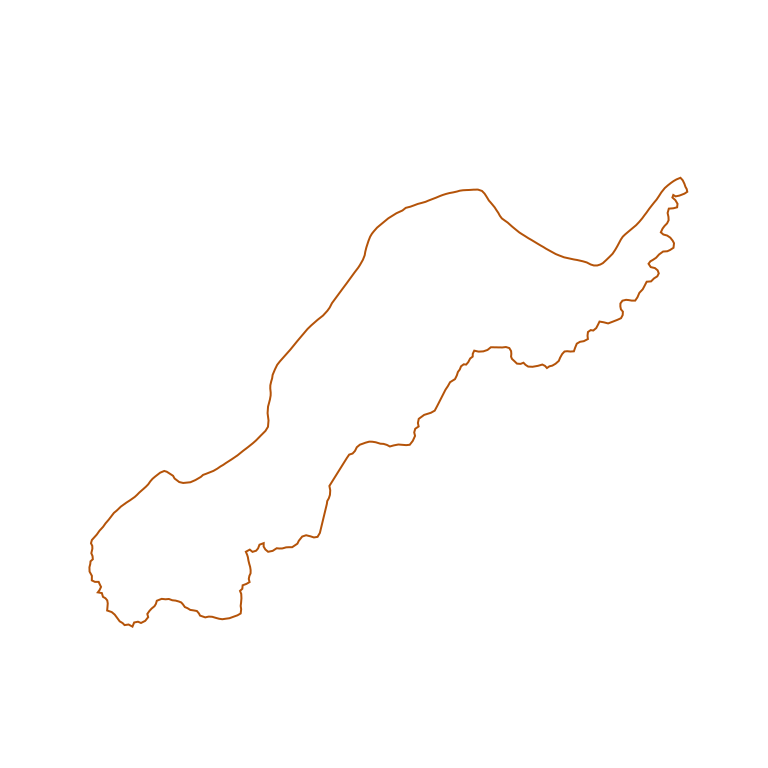 Itapiratins, Tocantins, Brazil, rotated 46°
{"feature_id": "56859067B41271954080984", "entity_name": "Itapiratins", "entity_type": "district", "adm_level": 2, "iso_a3": "BRA", "parent_name": "Brazil", "parent_adm1": "Tocantins", "projection": "robinson", "projection_center": [-48.008, -8.299], "detail": "fine", "context": "isolated", "style": "outline", "palette": "amber", "viewbox_px": 768, "rotation_deg": 46, "n_neighbors": 0, "source": "geoboundaries", "source_scale": "gbopen_adm2", "svg_char_len": 5670}
<svg xmlns="http://www.w3.org/2000/svg" viewBox="0 0 768 768"><g transform="rotate(46 384 384)"><path d="M441.6,27.5L440.0,31.5L439.2,34.7L438.7,37.9L438.3,41.7L438.1,45.9L438.8,51.4L439.8,55.6L440.7,59.8L441.1,63.6L441.6,67.4L442.2,71.6L443.1,76.3L443.6,79.7L444.2,83.1L444.7,87.9L444.9,92.4L444.6,96.4L444.3,100.6L444.1,103.6L443.9,106.6L443.9,109.9L444.6,113.2L445.8,116.9L447.0,120.6L448.1,124.5L449.1,129.1L449.2,133.7L449.2,138.0L449.1,142.6L448.3,145.4L446.9,148.2L444.5,150.7L441.6,152.3L437.4,153.7L433.9,155.7L431.6,157.2L429.0,158.9L426.3,160.9L423.9,162.5L420.9,164.5L417.9,166.5L415.5,167.6L413.2,168.7L409.8,170.2L405.6,171.5L401.7,172.7L399.1,173.5L396.2,174.2L393.2,175.1L389.9,176.0L386.1,177.0L382.7,177.9L379.3,178.9L375.9,179.7L371.9,180.7L368.9,181.4L365.6,181.8L362.2,182.2L359.5,182.5L356.7,182.7L353.8,182.9L350.7,183.5L346.8,184.2L343.5,183.8L340.3,182.9L336.8,182.3L333.9,181.7L330.3,181.4L327.3,181.2L324.8,181.1L322.3,180.5L320.0,180.0L316.9,179.4L313.2,179.4L309.4,181.4L306.5,184.5L303.9,187.6L301.4,190.4L299.5,192.6L297.6,195.2L296.3,197.7L294.3,201.0L292.1,204.3L290.4,207.3L288.8,210.5L287.6,213.3L286.1,217.2L284.3,221.4L282.9,224.7L281.8,227.6L279.8,231.3L277.9,234.7L276.4,238.2L274.8,241.8L272.4,246.0L272.0,250.2L269.8,256.4L267.8,265.8L266.9,277.5L266.7,280.4L267.1,285.3L267.5,288.3L268.4,291.6L270.3,295.8L271.9,298.8L273.5,301.8L275.8,305.5L278.0,308.5L280.0,312.9L281.7,318.7L282.4,321.7L283.3,327.7L285.6,340.8L286.7,347.6L289.7,365.3L291.3,370.0L292.0,373.9L292.4,380.3L291.7,387.2L291.3,395.6L291.3,400.8L292.5,412.7L292.9,416.6L294.2,427.4L295.4,443.1L296.0,447.5L297.7,452.2L300.1,457.8L302.2,460.5L303.9,463.5L306.0,466.7L308.3,469.0L311.5,471.5L313.5,473.5L315.9,476.8L318.4,480.9L319.7,483.1L324.1,488.0L330.0,492.4L334.2,497.2L335.4,501.9L335.5,508.3L335.7,515.4L335.5,519.6L334.9,526.0L334.2,531.7L333.9,535.1L333.6,538.7L332.5,545.2L331.0,552.7L330.5,555.8L329.7,559.0L329.1,562.7L328.0,567.1L325.0,574.4L323.7,577.3L323.6,580.3L322.1,586.4L320.2,591.5L315.7,597.2L312.3,599.4L306.5,600.3L303.5,599.5L296.2,601.2L293.9,602.5L292.3,606.6L291.6,613.1L291.4,616.4L291.7,619.8L292.4,623.3L292.5,626.6L292.1,635.6L292.2,638.6L292.1,641.8L291.2,647.6L290.4,651.6L289.4,658.4L289.4,664.1L289.1,667.8L290.4,676.6L290.8,681.1L291.6,685.3L291.9,690.5L292.8,695.2L293.3,702.5L295.0,705.4L297.8,706.3L299.9,708.2L302.4,712.1L305.3,713.2L307.8,715.2L307.7,718.3L309.4,720.3L311.2,723.2L314.4,726.1L319.1,727.4L322.3,730.6L325.5,729.4L328.1,726.7L330.8,727.7L333.4,728.5L334.6,731.7L335.1,734.6L338.4,732.2L341.9,734.0L344.6,733.2L347.4,733.4L349.9,735.1L352.2,737.7L354.6,740.5L358.9,738.3L362.8,737.9L366.7,738.4L371.1,739.0L374.4,738.1L377.2,738.1L379.6,734.8L383.8,733.5L382.0,729.4L384.1,726.1L387.1,724.8L388.5,720.3L387.9,715.6L385.0,714.0L384.3,710.4L384.1,707.2L384.4,703.4L383.7,700.8L382.1,698.0L384.1,693.2L387.1,690.7L389.2,688.1L392.5,686.5L395.0,684.4L397.9,682.7L400.3,681.6L402.9,681.7L406.1,682.2L408.7,681.1L411.9,680.3L414.5,678.3L417.3,676.3L420.5,676.5L422.8,677.2L427.7,674.7L429.6,671.6L432.1,669.3L435.3,667.5L438.3,665.7L440.9,663.7L442.9,660.9L445.1,657.9L447.1,653.4L448.6,650.1L449.5,646.5L446.8,643.2L444.1,641.3L442.0,638.7L439.1,635.4L435.8,632.5L432.8,631.3L432.9,628.2L430.6,625.5L432.2,621.9L433.1,618.3L430.3,616.7L428.5,614.1L427.5,611.5L425.2,609.2L422.5,607.3L420.0,606.0L416.9,604.2L414.0,602.2L411.8,601.1L408.7,599.9L409.9,595.6L413.4,595.2L415.1,591.8L414.8,588.8L413.1,585.2L414.9,581.1L417.3,583.5L420.6,584.3L424.2,583.9L426.7,580.0L427.6,575.3L429.7,573.5L431.7,571.3L433.5,567.9L435.4,565.7L437.6,563.4L438.2,560.1L438.7,557.2L437.6,554.2L436.9,548.8L438.7,545.1L442.5,542.7L445.7,541.0L447.8,538.0L446.6,533.6L430.5,508.3L428.8,506.2L427.9,503.1L426.2,499.9L423.1,496.5L419.4,494.1L411.4,462.0L410.6,458.1L412.2,454.9L412.0,451.4L410.6,447.5L410.9,443.5L412.2,440.7L413.4,438.0L415.2,434.7L417.3,432.6L420.2,430.4L424.4,428.1L426.8,425.9L429.9,424.2L433.0,423.2L434.9,419.7L437.5,415.7L440.9,412.7L443.4,410.5L445.6,407.7L444.9,402.8L442.9,397.7L439.8,395.9L437.9,392.6L438.6,388.6L435.6,386.7L433.2,383.2L433.7,379.6L434.1,376.6L435.8,373.2L437.3,370.2L438.4,366.0L436.8,361.1L430.8,343.7L429.9,339.5L428.6,335.2L429.8,329.5L428.4,325.6L426.7,322.5L426.2,319.4L424.8,316.3L425.2,313.0L427.1,311.4L426.8,308.2L425.5,304.3L425.9,301.2L423.9,299.1L422.7,295.9L426.4,293.5L429.5,289.9L431.4,285.9L431.8,281.6L439.9,273.5L442.1,270.6L445.2,268.9L448.6,269.7L450.8,271.5L452.6,273.6L454.8,274.5L458.4,274.3L461.7,274.2L464.4,271.8L465.6,268.9L468.5,268.9L471.6,268.2L474.8,265.2L477.9,260.6L480.0,256.6L482.8,255.6L485.7,255.7L486.2,252.7L487.7,250.2L488.6,246.5L488.8,242.2L487.4,239.0L486.2,235.0L486.0,231.6L487.6,229.5L490.1,227.4L492.4,224.7L490.8,221.6L488.9,217.3L489.8,213.7L492.0,210.5L493.3,206.1L490.7,204.1L488.3,201.2L488.8,197.9L490.9,196.3L491.2,192.5L490.0,188.9L488.8,185.6L492.2,183.1L496.1,180.7L498.0,176.3L500.0,171.5L501.3,167.8L500.2,164.4L497.9,161.9L494.9,161.7L492.4,160.1L490.3,158.0L489.7,154.6L491.6,151.4L493.6,149.7L496.2,147.8L498.5,145.4L497.7,141.5L495.8,136.9L495.6,132.1L494.4,128.4L492.9,124.0L495.7,120.6L495.6,116.4L496.4,112.6L495.3,109.5L492.3,108.2L488.8,108.6L485.2,110.9L481.3,110.2L480.8,107.2L481.5,104.4L482.2,100.6L481.9,96.1L482.6,91.2L485.3,88.0L486.3,85.2L487.1,81.1L484.2,77.6L481.5,76.8L477.6,76.4L473.9,77.2L470.5,79.2L467.2,79.5L465.7,75.6L465.2,72.4L465.1,68.8L463.9,65.5L461.4,63.3L458.0,61.2L455.7,57.3L458.6,53.8L460.5,50.4L458.3,47.7L454.1,46.7L450.2,47.0L449.0,44.6L451.6,43.9L453.7,40.6L455.8,35.6L456.4,32.3L454.0,30.8L451.6,30.2L448.6,28.8L445.0,27.6L441.6,27.5Z" fill="none" stroke="#b45309" stroke-width="2"/></g></svg>